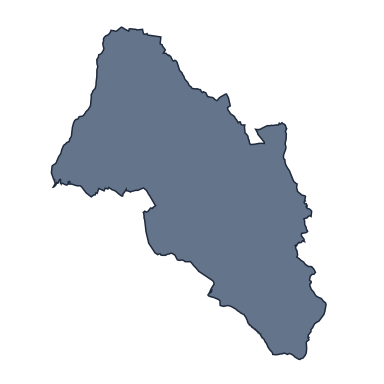 Gilau, Cluj, Romania (Natural Earth projection), rotated 274°
{"feature_id": "2599482B93154387611323", "entity_name": "Gilau", "entity_type": "district", "adm_level": 2, "iso_a3": "ROU", "parent_name": "Romania", "parent_adm1": "Cluj", "projection": "natural_earth1", "projection_center": [23.329, 46.73], "detail": "fine", "context": "isolated", "style": "filled", "palette": "slate", "viewbox_px": 384, "rotation_deg": 274, "n_neighbors": 0, "source": "geoboundaries", "source_scale": "gbopen_adm2", "svg_char_len": 5956}
<svg xmlns="http://www.w3.org/2000/svg" viewBox="0 0 384 384"><g transform="rotate(274 192 192)"><path d="M195.5,305.5L196.1,304.8L196.6,301.8L199.9,297.3L203.8,296.0L207.4,296.3L207.9,295.0L209.7,292.7L220.0,287.7L222.9,285.4L225.6,283.7L227.9,282.8L230.8,282.4L231.2,281.9L231.4,281.2L233.2,280.8L235.4,280.8L241.8,282.6L243.7,282.5L246.6,281.5L251.4,282.2L256.9,282.0L258.7,280.9L261.7,282.0L261.9,281.4L262.5,281.5L265.1,280.5L265.1,280.2L265.9,279.6L266.8,277.4L267.4,276.9L265.9,275.4L266.0,274.5L266.5,274.2L265.0,273.6L264.7,271.0L264.0,268.3L264.1,266.8L263.4,264.1L263.5,262.6L260.2,256.9L259.3,255.9L259.4,255.5L258.8,253.7L259.0,251.1L255.6,253.3L254.4,253.5L246.7,260.6L245.5,260.8L245.3,256.1L244.1,251.4L243.4,247.1L244.8,246.0L247.6,245.3L249.0,244.5L251.7,243.8L253.7,242.1L254.4,240.9L260.2,239.8L262.6,240.0L262.3,237.7L262.5,236.6L263.9,235.7L265.2,235.4L265.3,235.1L265.2,234.2L264.2,233.3L267.0,231.5L269.0,229.6L270.1,229.3L271.5,227.2L272.5,225.2L276.6,222.1L278.7,221.5L280.6,224.2L288.3,221.8L292.1,219.6L292.0,218.6L288.6,213.6L287.3,212.2L285.6,211.2L284.9,210.3L285.8,208.4L287.2,207.0L287.7,205.8L288.0,202.9L287.8,202.5L288.3,201.8L288.3,200.9L291.9,198.9L292.8,196.3L292.2,195.8L292.0,195.0L294.7,193.2L294.7,192.2L295.3,190.2L295.1,188.2L295.3,184.9L296.9,183.7L298.0,181.8L301.2,180.0L303.9,177.0L306.8,175.8L308.5,174.5L310.2,173.7L312.2,171.4L313.0,170.9L320.3,168.1L321.8,166.8L322.2,165.6L321.4,164.6L321.6,163.9L322.4,163.1L325.4,161.5L326.1,160.7L326.6,159.8L326.5,159.3L327.0,159.3L326.9,158.5L327.3,157.6L328.5,156.5L328.5,153.8L331.9,155.5L335.4,152.4L336.8,151.9L337.6,149.9L344.5,150.1L345.5,136.8L346.9,136.1L346.0,134.1L346.3,132.9L347.5,132.2L350.8,131.3L349.8,125.6L350.3,124.8L350.5,118.9L350.3,118.0L348.1,117.6L349.6,114.0L351.1,111.4L351.5,110.0L346.9,105.1L347.6,101.9L347.3,100.8L347.7,100.0L345.3,99.2L344.2,98.5L342.8,97.2L341.6,94.9L339.5,93.3L337.8,93.0L336.6,93.3L333.9,92.6L330.3,93.6L329.9,93.9L328.4,94.1L328.0,93.8L327.0,93.7L323.8,91.9L323.1,91.0L322.4,89.4L320.1,89.2L317.4,87.8L313.2,88.3L310.4,89.3L307.1,88.6L300.6,89.0L295.0,88.7L292.0,88.8L288.6,88.2L285.7,86.0L283.6,85.5L282.0,84.6L279.9,84.9L271.0,84.7L267.3,82.9L264.7,80.6L262.2,79.4L260.1,77.7L259.3,74.2L256.9,73.1L256.1,70.9L254.9,69.9L252.8,69.1L248.2,68.2L239.0,67.8L236.4,66.3L234.0,66.0L233.7,65.7L232.6,63.6L230.8,62.2L229.6,60.7L225.1,59.1L221.3,58.5L217.8,56.5L211.6,54.4L210.7,53.8L209.6,52.1L208.1,50.6L201.3,50.4L195.4,52.9L194.9,53.4L194.7,54.1L193.8,53.7L192.2,54.5L190.6,54.9L187.2,53.2L187.4,53.8L189.2,55.5L191.6,56.4L191.3,56.5L191.3,57.0L191.7,57.4L191.7,57.9L195.1,59.0L195.4,59.9L195.0,60.1L191.8,60.1L191.0,60.8L191.5,60.8L191.6,62.5L190.5,64.9L190.2,66.7L191.4,68.2L193.1,67.6L194.0,69.1L193.5,69.5L191.3,69.7L191.5,71.4L190.2,76.6L190.4,80.0L189.6,81.3L183.8,86.4L180.1,91.8L182.3,94.4L182.3,95.6L184.6,96.3L184.1,97.5L189.0,98.8L187.0,104.2L189.8,105.2L189.1,107.9L190.7,108.7L188.7,112.1L188.0,114.7L187.1,116.3L185.0,119.0L183.0,122.3L183.3,123.2L185.3,123.3L186.6,124.3L190.1,126.2L188.8,126.4L188.8,126.8L188.5,127.1L188.8,127.8L188.2,128.9L188.2,129.8L187.7,130.6L188.6,132.1L189.3,134.8L189.8,135.5L189.8,137.7L192.6,143.2L192.2,144.0L190.3,146.5L187.8,148.3L187.1,148.5L185.4,150.0L176.4,156.1L176.0,156.5L175.8,156.6L173.7,154.0L172.8,153.7L173.2,151.9L169.4,149.2L168.8,147.8L169.6,146.2L169.3,145.8L168.7,145.6L168.4,145.0L168.2,145.4L167.1,145.3L164.2,146.0L163.5,145.8L160.5,146.8L149.2,148.9L137.9,152.4L128.8,159.3L127.1,162.2L128.0,163.6L128.0,164.8L126.9,165.4L126.8,167.3L127.0,170.1L128.1,171.6L128.4,172.2L128.5,173.5L129.4,174.9L129.3,176.6L127.7,179.5L123.3,182.1L122.9,184.3L123.5,186.6L123.3,188.1L122.1,189.8L122.0,190.7L122.4,195.4L118.5,199.0L116.6,201.2L113.4,204.2L105.4,218.1L104.7,219.1L103.5,220.0L101.6,220.4L97.1,218.0L93.4,216.6L95.0,218.5L93.8,218.3L91.2,215.5L90.4,215.1L89.7,215.6L89.0,217.4L88.3,221.1L86.6,226.0L85.4,227.5L80.8,228.0L80.1,231.4L81.3,235.8L80.7,238.7L78.5,243.4L76.4,246.3L75.5,248.1L74.9,248.7L73.3,252.4L70.1,254.9L69.1,255.2L68.3,255.9L65.9,256.7L64.5,257.6L63.9,258.6L63.4,258.6L63.4,259.0L63.0,259.2L62.4,260.4L61.2,261.3L61.4,261.7L60.9,261.8L60.8,262.4L59.7,263.7L59.6,264.5L59.2,264.5L59.2,264.9L58.8,265.0L58.5,265.5L58.3,266.1L57.4,266.6L57.1,267.6L56.3,267.7L56.4,268.2L56.1,268.2L55.8,269.0L55.3,269.2L54.9,270.4L54.5,270.2L52.5,271.4L52.3,271.8L51.7,272.0L51.8,272.2L51.3,272.6L50.3,274.0L48.4,275.0L46.7,276.2L46.2,277.0L45.5,277.1L43.8,278.2L43.2,278.2L40.0,280.6L37.9,282.9L36.3,283.8L35.6,283.9L35.5,287.1L35.9,289.3L36.6,291.4L36.9,293.6L37.7,294.9L37.5,296.2L36.6,298.4L37.6,300.2L37.6,301.2L36.2,304.4L34.8,305.8L33.3,308.6L32.7,309.9L32.5,311.5L33.0,311.8L34.2,314.4L36.8,316.2L39.4,317.2L43.8,317.3L49.6,316.5L51.2,317.0L52.2,318.7L52.7,318.9L53.6,318.7L54.3,318.1L55.1,318.7L55.2,317.9L57.4,318.0L60.9,320.4L63.1,320.3L64.9,321.7L69.0,323.4L71.2,326.1L72.0,327.6L79.0,332.1L82.5,332.9L89.1,333.6L90.7,333.0L92.2,330.8L94.8,328.4L95.8,325.3L96.9,323.1L98.5,321.7L100.5,320.5L103.3,317.7L107.1,316.0L108.3,315.9L108.7,316.6L110.3,317.3L111.3,316.9L111.5,316.2L112.2,315.4L116.1,315.8L118.2,317.5L118.5,319.4L120.4,320.8L123.7,318.8L125.9,316.5L125.9,314.3L125.7,313.7L126.6,311.9L127.1,311.4L127.1,310.7L130.0,308.1L131.3,305.6L133.1,303.4L134.5,301.0L135.3,301.5L136.5,301.7L138.8,301.3L139.5,301.0L140.5,301.0L141.2,300.3L143.4,299.3L144.8,299.2L145.6,300.0L145.9,298.9L147.4,300.9L149.2,302.0L149.3,302.3L148.8,302.6L149.4,304.7L151.0,305.6L150.4,307.7L151.8,307.0L152.7,307.1L155.9,304.2L158.4,304.2L159.2,308.0L159.9,309.3L160.8,310.1L163.2,308.6L164.8,308.3L167.4,306.7L170.7,306.4L173.1,305.5L174.0,308.2L176.2,310.2L176.4,311.5L175.9,312.5L176.2,312.5L181.2,312.7L183.0,310.8L183.4,309.7L183.5,308.6L184.1,307.8L185.2,307.0L185.4,307.7L186.1,307.4L186.4,307.8L188.4,306.7L188.1,305.8L188.9,304.8L190.0,304.5L191.0,305.7L192.0,304.9L193.0,305.3L195.5,305.5Z" fill="#64748b" stroke="#1e293b" stroke-width="1.5"/></g></svg>